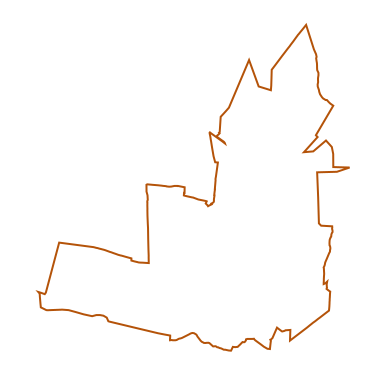 Santa Cruz Xoxocotlán, Oaxaca, Mexico (Albers equal-area conic projection), rotated 87°
{"feature_id": "50627088B97007763045384", "entity_name": "Santa Cruz Xoxocotlán", "entity_type": "district", "adm_level": 2, "iso_a3": "MEX", "parent_name": "Mexico", "parent_adm1": "Oaxaca", "projection": "albers", "projection_center": [-96.747, 17.01], "detail": "fine", "context": "isolated", "style": "outline", "palette": "amber", "viewbox_px": 384, "rotation_deg": 87, "n_neighbors": 0, "source": "geoboundaries", "source_scale": "gbopen_adm2", "svg_char_len": 5398}
<svg xmlns="http://www.w3.org/2000/svg" viewBox="0 0 384 384"><g transform="rotate(87 192 192)"><path d="M182.8,230.8L182.0,236.3L182.4,237.1L187.3,237.3L189.2,237.4L192.5,236.7L192.9,236.6L197.6,236.6L198.7,237.1L199.9,237.2L200.1,237.1L203.1,237.3L206.7,237.4L207.7,237.5L213.3,237.7L221.3,237.8L225.8,237.8L228.5,237.9L236.6,238.2L247.1,238.5L253.7,238.6L254.5,238.7L260.7,238.9L260.3,242.4L260.0,244.9L259.9,246.1L259.8,247.3L259.6,248.7L259.5,249.2L259.2,250.0L259.0,250.6L258.9,251.1L258.6,252.0L258.3,253.1L257.3,256.1L256.8,256.1L255.1,256.0L255.0,256.3L254.4,258.2L253.7,260.3L253.5,260.9L253.3,261.5L253.1,262.1L252.4,264.1L251.8,265.9L251.6,266.8L251.3,267.6L250.9,268.9L250.5,269.8L249.7,271.7L248.9,273.7L248.1,275.5L247.8,276.3L247.5,277.2L246.8,278.8L246.0,280.7L245.7,281.4L245.5,281.9L245.3,282.4L244.9,283.6L244.7,284.3L244.2,285.8L243.7,287.5L243.1,289.1L242.7,290.8L242.4,291.6L241.9,293.2L241.8,293.8L235.6,327.3L284.8,343.2L286.3,344.4L284.7,348.2L283.8,350.7L285.4,349.5L285.5,349.5L286.8,349.4L288.7,349.4L294.6,349.2L294.9,349.2L299.3,349.0L302.3,343.7L302.5,342.6L302.7,327.7L303.5,321.4L305.7,314.7L308.5,306.6L310.8,298.2L309.9,294.0L310.1,290.2L310.9,286.9L313.0,283.7L316.7,282.3L317.1,281.3L325.7,252.2L331.3,233.2L333.0,226.4L334.2,221.3L334.9,221.3L338.3,221.7L338.9,221.7L338.8,220.6L338.8,219.8L339.1,218.8L339.2,216.5L339.0,215.1L338.2,213.5L337.8,212.5L337.6,211.0L337.2,209.6L333.9,202.1L333.5,201.4L333.0,200.1L332.8,198.9L333.1,197.4L334.2,195.7L334.7,195.1L335.5,194.6L336.5,194.2L340.9,191.2L342.1,190.1L342.6,189.1L343.3,188.1L343.4,187.4L343.5,186.5L343.4,185.5L343.4,183.6L343.8,182.5L344.5,181.8L345.7,180.6L347.3,179.0L347.3,178.0L347.2,177.0L347.4,176.2L348.4,174.9L348.5,173.9L348.8,173.4L349.2,172.8L349.4,172.2L349.5,171.6L350.0,170.5L350.6,169.5L351.1,168.6L351.3,166.8L351.6,165.8L352.2,163.6L352.3,162.7L352.5,161.7L352.5,161.3L352.3,161.2L351.4,160.7L350.7,160.3L350.0,160.0L349.5,159.6L348.8,159.3L349.2,156.9L349.1,156.0L349.1,154.7L348.8,154.1L348.5,153.9L347.0,152.1L345.6,150.6L344.5,149.4L344.7,148.6L344.7,147.5L344.4,147.1L344.1,146.7L343.6,146.4L342.9,145.9L342.0,145.8L341.6,144.5L341.9,139.6L341.8,137.8L342.7,137.3L343.5,136.5L347.9,131.1L349.0,129.8L350.2,128.4L350.4,128.1L352.5,124.9L352.7,123.5L352.9,122.4L349.8,121.9L346.8,121.4L344.7,121.0L344.3,121.1L344.2,121.2L343.9,121.4L343.6,121.5L343.3,120.6L342.5,119.8L342.1,119.3L331.9,114.2L332.7,113.3L335.9,109.5L336.0,109.2L335.6,107.2L335.4,106.6L335.0,105.9L334.9,101.0L345.5,101.9L341.2,95.6L335.8,87.7L333.2,83.9L331.2,81.2L330.5,80.2L328.9,78.0L327.7,76.1L327.3,75.5L325.3,72.7L324.2,71.0L321.3,66.8L317.6,61.4L314.9,61.0L313.4,60.8L310.5,60.5L309.1,60.4L307.7,60.2L306.3,60.1L306.2,60.1L304.7,59.9L301.8,59.6L301.6,59.6L298.7,59.2L298.6,59.4L298.5,59.5L297.3,61.0L295.8,62.7L294.4,62.2L294.2,62.3L293.3,62.3L291.1,62.3L288.6,61.7L289.6,62.9L290.2,63.7L290.5,64.5L290.8,65.3L289.3,65.2L287.6,65.0L285.8,64.9L284.0,64.7L283.0,64.6L281.6,64.4L280.5,64.3L279.0,64.3L276.8,64.3L276.0,64.3L275.1,64.3L274.3,64.5L273.6,64.1L273.1,63.8L271.7,63.2L271.2,63.1L270.4,62.9L269.8,62.8L268.8,62.4L266.0,61.0L260.0,58.1L259.1,57.5L258.5,57.3L257.2,57.2L256.3,56.9L255.7,56.8L254.6,56.8L253.2,57.0L252.6,57.4L250.5,57.4L248.4,57.2L247.0,57.0L246.2,56.7L244.3,55.8L244.0,55.4L243.7,55.3L242.9,55.2L241.6,55.0L240.4,54.5L239.5,53.8L238.9,53.7L238.1,53.7L237.2,53.8L236.4,54.0L235.8,54.0L235.0,53.8L233.9,53.8L233.6,53.8L232.4,64.8L230.0,66.9L204.1,66.3L178.9,66.0L179.4,46.2L175.8,33.3L174.5,49.6L161.4,49.0L154.4,50.0L147.6,55.5L157.8,68.8L158.1,78.1L143.7,63.7L141.8,65.3L113.2,46.4L111.0,49.2L109.4,50.7L107.2,52.5L107.1,53.8L106.2,55.0L105.6,56.0L104.2,57.2L103.0,57.9L101.1,59.0L98.6,59.7L96.8,59.9L93.3,60.9L91.2,60.9L88.9,60.3L86.7,60.3L84.9,60.2L82.0,59.6L79.6,59.5L76.8,60.6L74.5,60.6L72.1,60.5L69.8,60.5L67.3,60.8L64.9,61.0L63.6,60.5L60.9,60.9L59.6,61.4L55.9,62.8L31.1,69.3L33.5,71.4L34.3,72.1L37.8,75.3L38.8,76.2L39.4,76.7L39.6,76.9L40.8,78.1L41.4,78.5L41.6,78.7L43.3,80.1L45.8,82.1L46.8,82.9L50.2,85.8L51.5,86.8L53.5,88.6L55.6,90.4L57.5,92.0L61.0,95.0L70.1,102.6L74.1,106.0L82.9,106.7L90.0,107.3L94.5,107.9L90.1,119.9L63.2,128.1L109.7,150.7L113.1,154.0L118.4,159.4L133.6,161.2L134.2,161.9L134.9,161.4L135.8,162.3L136.6,163.4L137.8,164.7L141.0,160.7L141.4,160.3L141.5,160.0L141.7,159.8L142.0,159.5L142.2,159.3L142.4,158.9L142.6,158.8L142.7,158.6L142.9,158.3L143.1,158.1L143.3,157.8L143.5,157.6L143.8,157.3L144.1,157.1L144.5,156.9L144.9,156.6L145.3,156.5L143.1,159.0L138.3,165.0L134.4,169.9L134.1,170.2L133.4,171.0L133.7,171.3L134.5,171.3L137.7,170.8L140.8,170.5L142.3,170.3L148.9,169.6L153.2,169.1L157.4,168.6L157.9,168.5L159.3,168.2L163.5,167.3L163.9,164.6L177.9,167.3L180.4,167.9L181.2,167.8L190.0,169.0L190.0,168.9L190.5,168.9L192.9,169.4L196.4,170.0L196.5,169.7L197.1,169.8L198.5,170.1L200.4,170.5L200.9,170.5L202.4,170.6L203.0,170.8L203.5,171.2L204.1,172.2L204.6,173.3L205.3,172.9L206.1,174.8L206.8,176.4L207.0,176.7L206.0,177.3L204.2,178.9L202.1,177.8L201.9,178.2L201.7,178.8L201.1,181.0L199.8,186.1L197.5,191.4L197.5,191.6L197.5,191.8L195.9,197.6L195.3,199.5L195.0,200.3L192.4,200.0L192.5,199.5L191.2,199.4L189.7,199.3L188.4,199.2L186.9,199.1L185.2,205.8L185.3,206.3L185.2,206.4L185.0,209.1L185.1,209.7L185.5,212.5L185.5,214.5L185.1,217.0L184.9,217.3L184.6,218.9L184.4,220.4L184.1,221.9L183.5,225.6L182.8,230.8Z" fill="none" stroke="#b45309" stroke-width="2"/></g></svg>